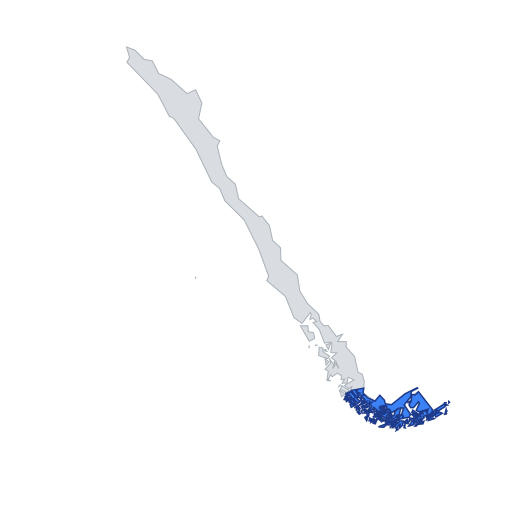 Magallanes y Antártica Chilena highlighted on a map of Chile, rotated 320°
{"feature_id": "CHL-2692", "entity_name": "Magallanes y Antártica Chilena", "entity_type": "Region", "adm_level": 1, "iso_a3": "CHL", "parent_name": "Chile", "parent_adm1": "", "projection": "equal_earth", "projection_center": [-72.604, -52.278], "detail": "fine", "context": "in_parent", "style": "filled", "palette": "blue", "viewbox_px": 512, "rotation_deg": 320, "n_neighbors": 0, "source": "natural_earth", "source_scale": "10m", "svg_char_len": 9896}
<svg xmlns="http://www.w3.org/2000/svg" viewBox="0 0 512 512"><g transform="rotate(320 256 256)"><path d="M281.6,24.6L286.8,22.6L291.2,12.7L295.5,20.4L296.7,33.4L302.0,39.9L298.8,53.7L304.5,66.1L307.6,87.3L316.6,89.8L312.8,104.1L300.2,113.9L299.6,137.6L302.3,144.5L296.9,146.9L288.5,164.0L284.7,176.3L286.4,187.8L279.5,200.8L283.6,228.0L286.2,229.1L285.8,241.5L278.7,254.8L280.1,265.4L272.3,275.4L275.5,297.1L267.1,310.9L264.9,325.4L266.7,341.0L262.9,347.5L263.3,353.4L266.6,355.5L265.9,369.4L272.0,371.5L263.6,374.1L270.1,379.6L266.5,383.7L266.9,396.4L259.4,410.7L261.4,414.8L258.5,421.3L250.0,430.3L253.8,443.3L260.9,442.7L260.3,452.3L264.1,457.0L281.7,457.4L294.7,460.5L287.9,459.6L274.3,465.8L272.4,476.7L269.8,477.8L260.3,472.1L264.3,470.8L265.6,473.5L270.6,466.2L261.4,469.7L259.1,473.3L254.7,470.9L257.5,465.7L268.1,464.0L257.7,463.2L254.1,469.1L249.6,466.5L253.1,465.1L254.1,462.7L246.4,464.4L243.9,458.6L247.9,459.9L256.9,456.8L257.7,461.3L259.3,460.2L259.2,454.1L253.7,451.3L258.7,455.1L250.6,457.8L244.7,453.8L246.9,449.2L239.2,447.0L236.6,442.7L240.2,442.5L240.5,439.1L245.1,444.2L248.0,445.6L249.3,440.6L246.5,444.3L244.5,441.9L246.7,440.8L240.7,437.2L246.6,435.0L243.6,430.6L247.6,430.6L245.3,428.6L246.7,423.9L242.9,428.2L243.0,419.0L246.0,417.6L241.8,417.5L240.7,412.1L251.5,413.8L248.6,408.2L244.0,411.8L240.1,408.7L244.8,407.4L241.6,405.5L244.5,402.6L243.0,398.0L236.7,397.5L236.9,394.8L231.9,397.0L232.9,399.7L230.3,397.0L237.4,390.6L236.0,387.2L244.4,386.0L246.2,381.6L245.7,389.4L242.3,391.3L246.1,390.5L248.2,386.5L247.3,395.4L249.6,387.5L248.3,382.5L255.6,382.2L251.2,378.0L257.9,371.9L258.1,370.1L252.5,366.8L257.2,353.1L257.0,343.6L260.4,345.2L259.6,340.1L256.5,339.3L260.9,336.1L261.3,334.2L247.9,337.2L245.5,327.7L252.6,305.8L248.4,281.8L252.7,279.6L262.4,252.8L270.1,220.9L267.6,193.9L271.6,180.7L269.6,171.0L278.6,135.7L281.5,97.6L279.4,93.3L284.8,68.8L281.6,24.6ZM293.1,464.5L292.3,488.1L264.6,485.5L274.1,482.5L278.2,484.7L273.5,480.2L276.5,475.1L276.4,480.5L287.2,485.0L289.1,483.4L279.7,477.9L286.6,472.8L278.2,472.4L277.3,469.2L280.0,467.7L277.9,465.6L286.4,462.7L293.1,464.5ZM247.7,356.9L242.0,355.5L245.1,337.9L250.9,342.8L247.5,347.6L250.8,351.9L247.7,356.9ZM241.2,421.0L240.9,435.1L238.4,431.9L239.7,428.5L236.7,433.4L232.4,432.7L238.1,420.6L241.2,421.0ZM280.9,491.2L293.9,489.2L292.5,491.3L297.1,496.4L287.6,491.5L285.7,494.3L280.9,491.2ZM248.1,369.6L245.7,371.9L248.0,380.0L244.9,380.7L240.0,372.6L245.7,366.5L248.1,369.6ZM255.9,473.5L262.0,477.0L256.3,480.4L257.2,477.6L253.4,478.9L247.9,474.2L255.9,473.5ZM262.0,479.6L272.3,481.7L264.2,482.3L262.0,479.6ZM305.5,491.3L297.1,492.0L295.2,489.5L304.2,489.4L305.5,491.3ZM241.0,419.0L237.8,419.4L234.8,412.5L238.5,410.4L241.0,419.0ZM235.7,419.3L231.2,418.9L233.5,412.4L235.7,419.3ZM257.0,370.9L251.3,374.1L252.5,369.0L257.0,370.9ZM239.2,453.3L241.7,457.0L240.4,460.4L236.7,455.0L239.2,453.3ZM240.3,465.5L249.5,469.0L254.0,472.1L244.2,469.2L240.3,465.5ZM243.7,384.1L239.5,384.7L242.9,378.9L243.7,384.1ZM268.6,488.5L277.2,488.7L278.2,490.9L268.6,488.5ZM236.2,421.8L233.7,425.5L231.5,425.9L231.9,422.0L236.2,421.8ZM238.5,436.3L235.2,439.3L233.4,438.9L234.4,435.2L238.5,436.3ZM241.4,449.4L237.2,450.7L235.1,453.2L236.2,449.4L241.4,449.4ZM234.9,441.8L233.6,440.5L236.4,440.8L234.9,441.8ZM249.1,374.7L247.4,372.6L247.7,371.5L249.0,372.2L249.1,374.7ZM245.2,455.9L243.5,456.2L242.2,454.3L245.2,455.9ZM237.7,409.3L234.6,409.4L237.6,408.9L237.7,409.3ZM302.9,495.8L303.2,497.9L301.2,497.1L302.9,495.8ZM244.3,362.6L246.0,363.8L244.3,363.2L244.3,362.6ZM301.6,498.4L298.9,498.7L298.7,498.5L301.6,498.4ZM310.3,491.4L310.0,492.5L309.3,492.1L310.3,491.4ZM196.5,232.9L195.5,234.2L195.4,234.1L196.5,232.9ZM238.7,359.2L238.1,360.3L237.8,359.6L238.7,359.2Z" fill="#d9dde1" stroke="#a8b0b8" stroke-width="1"/><path d="M253.6,426.5L249.9,429.7L250.4,436.6L253.9,443.7L261.3,442.3L261.7,449.0L260.0,452.4L264.2,457.0L281.8,457.4L294.8,460.6L294.8,461.2L288.0,459.6L284.1,463.2L273.7,465.3L272.6,476.4L269.9,477.8L259.9,472.7L265.1,470.7L265.6,473.1L263.8,474.3L265.4,473.9L265.9,473.3L266.1,470.7L271.5,467.4L269.1,465.3L263.7,469.6L261.4,468.6L259.0,469.1L262.2,470.2L258.3,471.7L260.7,474.1L253.5,470.9L252.6,469.9L257.7,471.4L255.4,466.5L257.2,465.8L257.8,465.1L257.7,466.9L260.1,466.7L262.5,464.5L268.4,464.4L256.4,462.9L255.3,465.1L258.0,464.5L255.0,466.6L255.4,468.9L253.5,469.4L251.2,468.1L253.3,467.1L250.3,466.1L253.2,466.0L256.0,462.8L253.5,462.1L252.8,464.7L251.8,463.3L251.7,464.3L249.1,465.2L250.9,462.6L248.7,457.7L252.5,459.8L255.2,458.1L254.5,460.0L256.3,460.2L256.9,456.7L259.2,459.8L255.8,462.3L259.3,462.3L259.8,459.6L258.0,456.9L259.8,455.0L257.9,452.9L254.3,450.9L252.8,451.6L259.0,454.9L252.7,453.0L255.2,455.0L253.3,456.0L255.9,455.8L253.2,458.4L252.3,454.3L251.8,453.5L252.6,459.2L250.2,457.8L249.7,455.3L251.7,457.5L250.0,454.6L251.1,453.9L248.9,454.9L246.9,450.8L249.8,453.2L249.0,447.8L245.2,448.4L245.7,445.8L244.1,445.6L248.0,445.8L248.3,442.6L250.9,442.6L248.7,441.3L250.1,439.6L245.9,444.3L243.6,440.5L247.3,441.2L246.1,439.1L240.1,437.1L243.1,436.0L244.5,438.0L247.5,438.3L243.0,434.9L247.2,435.9L247.0,433.4L243.3,433.6L245.6,431.8L243.3,430.9L249.0,431.9L245.1,428.5L245.5,426.7L246.5,427.4L247.5,427.7L245.7,424.6L247.6,424.0L245.6,423.8L244.3,429.6L242.4,428.1L242.8,420.4L253.6,426.5ZM292.4,487.5L288.7,489.1L281.1,486.3L280.9,487.9L278.2,488.0L278.7,486.4L274.3,488.0L277.0,485.8L272.1,487.3L272.7,485.6L269.8,486.3L270.3,484.7L268.1,486.4L263.7,484.4L269.2,483.0L271.6,484.5L274.1,482.4L275.7,482.7L274.7,483.6L274.3,485.4L275.9,483.2L279.7,484.9L272.9,480.3L279.7,483.6L280.6,481.8L282.8,485.0L282.1,482.0L287.4,483.8L285.8,485.7L286.1,486.3L289.5,484.0L280.8,480.3L279.5,477.3L286.6,473.9L286.7,472.1L279.3,473.4L277.0,471.6L277.5,468.4L280.4,467.3L277.6,465.7L282.0,466.6L286.3,462.3L288.7,464.8L293.2,464.4L292.4,487.5ZM237.2,433.9L233.1,427.2L235.8,429.4L234.3,426.7L238.2,427.8L238.7,423.1L236.6,421.6L241.2,420.3L242.0,434.4L238.1,434.2L239.7,433.3L238.2,430.7L239.9,430.9L238.3,429.8L240.4,427.7L237.4,429.1L237.2,433.9ZM297.6,496.2L290.3,495.0L290.9,491.7L289.3,492.5L288.2,491.2L288.1,492.3L287.2,491.0L285.5,491.4L287.8,495.1L282.5,492.9L285.0,491.5L280.5,491.2L284.3,491.3L284.8,490.0L294.0,489.0L294.9,490.3L292.5,491.3L288.7,490.1L295.9,492.4L293.4,492.9L292.1,492.4L291.4,492.5L296.4,493.9L297.6,496.2ZM259.3,479.9L255.1,480.0L258.3,477.6L256.9,477.1L252.6,478.8L253.1,476.0L249.9,474.9L255.6,475.5L251.6,473.5L254.9,472.5L256.2,475.6L256.4,473.2L258.0,475.6L259.8,474.5L262.6,476.9L259.3,479.9ZM298.7,492.2L299.9,492.2L296.6,492.0L294.7,488.9L305.8,490.7L303.9,492.9L298.7,492.2ZM277.1,474.9L278.0,479.4L275.2,478.5L276.3,481.4L273.9,480.3L273.4,477.4L275.8,477.6L274.9,475.9L277.1,474.9ZM253.4,471.7L250.2,471.7L247.6,468.9L243.8,469.3L240.0,465.6L249.8,468.9L253.4,471.7ZM266.8,481.5L269.5,478.8L272.4,481.9L270.6,483.0L268.8,480.2L266.8,481.5ZM265.2,482.6L261.6,478.3L266.8,478.3L265.8,480.8L264.2,479.2L265.2,482.6ZM239.1,436.5L233.4,439.1L236.3,436.6L233.8,435.5L239.1,436.5ZM240.5,443.2L242.8,447.2L242.1,446.2L239.9,447.4L237.8,445.7L240.8,445.4L240.5,443.2ZM247.9,465.0L247.6,463.4L244.9,463.8L248.9,461.8L247.9,465.0ZM278.2,490.5L276.1,491.9L272.2,489.3L277.8,488.5L274.6,489.8L278.2,490.5ZM244.7,443.8L241.1,442.2L242.6,441.0L240.3,440.4L242.9,440.2L244.2,442.6L242.5,442.4L244.7,443.8ZM282.7,490.0L283.1,488.2L287.9,489.2L282.7,490.0ZM235.7,434.0L231.7,433.1L232.8,430.0L234.1,430.6L235.7,434.0ZM241.5,449.1L239.4,451.1L237.4,451.3L239.4,448.6L241.5,449.1ZM238.7,457.4L237.1,457.2L239.1,455.6L238.3,453.6L238.8,453.1L239.7,455.0L238.7,457.4ZM236.3,440.6L234.4,441.4L234.9,443.8L233.4,443.6L233.3,440.6L236.3,440.6ZM235.2,423.8L233.8,423.1L232.7,424.1L231.3,422.6L233.6,421.7L235.2,423.8ZM245.4,461.7L245.2,459.5L242.8,458.8L243.9,458.3L247.0,460.9L245.4,461.7ZM238.0,424.5L237.8,426.9L235.1,425.3L236.0,423.9L238.0,424.5ZM237.4,450.0L236.4,452.5L234.9,453.3L235.6,449.7L237.4,450.0ZM241.7,460.1L239.4,461.2L238.5,459.6L241.7,460.1ZM234.4,425.2L231.3,426.0L234.1,423.5L234.4,425.2ZM249.0,459.4L245.6,457.5L245.6,456.5L248.3,458.0L249.0,459.4ZM245.7,452.3L246.3,455.1L244.3,454.0L245.7,452.3ZM239.4,445.0L239.2,442.5L240.5,444.3L239.4,445.0ZM244.7,456.8L242.0,454.1L245.6,456.0L244.7,456.8ZM272.4,488.9L269.3,489.2L268.4,488.4L270.9,487.9L272.4,488.9ZM248.1,460.0L247.6,461.5L245.6,459.2L248.1,460.0ZM251.8,472.8L251.1,474.5L248.3,473.0L250.2,473.6L251.8,472.8ZM240.1,457.0L238.6,458.6L241.2,455.6L240.1,457.0ZM246.6,455.6L248.9,455.7L248.9,457.3L246.6,455.6ZM303.1,495.7L302.2,497.6L301.1,497.1L303.1,495.7ZM237.7,438.3L237.6,439.9L235.9,440.2L236.3,439.3L237.7,438.3ZM259.5,481.6L262.0,480.6L261.2,481.7L259.5,481.6ZM236.3,422.2L235.2,423.4L234.4,421.3L236.3,422.2ZM301.0,498.1L300.6,499.3L298.2,498.4L301.0,498.1ZM244.6,448.2L243.8,448.9L243.2,445.4L244.6,448.2ZM306.3,492.1L306.7,493.2L305.5,492.6L306.3,492.1ZM242.0,446.5L242.5,448.6L241.0,447.2L242.0,446.5ZM276.5,480.9L278.5,481.1L279.0,481.6L276.5,480.9ZM243.6,429.9L242.0,429.4L242.4,428.5L243.6,429.9ZM236.3,419.5L236.2,421.5L234.9,421.2L236.3,419.5ZM249.9,466.3L251.6,467.8L248.2,467.3L249.9,466.3ZM237.7,455.6L236.8,454.9L237.8,454.3L237.7,455.6ZM239.9,440.6L239.7,439.2L241.4,439.3L239.9,440.6ZM245.4,450.5L244.3,450.8L244.1,449.5L245.4,450.5ZM252.1,479.3L253.7,480.4L251.2,479.8L252.1,479.3ZM310.2,491.4L310.3,492.4L309.2,492.4L310.2,491.4ZM241.7,456.5L241.9,457.4L240.0,458.3L241.7,456.5ZM277.2,488.0L275.8,488.6L274.4,488.3L275.6,487.9L277.2,488.0ZM276.5,480.0L278.3,479.6L278.4,480.4L276.5,480.0ZM237.6,442.4L236.7,443.8L236.7,442.4L237.6,442.4ZM306.1,489.6L307.9,490.9L305.7,489.8L306.1,489.6ZM247.5,449.1L248.2,450.4L247.0,449.6L247.5,449.1ZM260.2,482.3L259.8,483.6L259.1,482.7L260.2,482.3ZM237.2,420.7L237.0,419.5L238.7,419.7L237.2,420.7ZM247.7,454.4L247.8,455.3L246.9,453.6L247.7,454.4ZM240.6,459.1L239.5,458.7L241.2,458.1L240.6,459.1Z" fill="#3b82f6" stroke="#1e3a8a" stroke-width="1.5"/></g></svg>